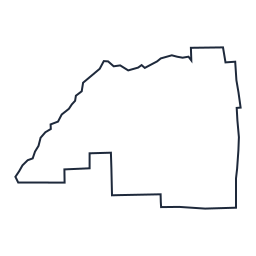 the district of Ilópolis, Rio Grande do Sul, Brazil
{"feature_id": "56859067B77513058167029", "entity_name": "Ilópolis", "entity_type": "district", "adm_level": 2, "iso_a3": "BRA", "parent_name": "Brazil", "parent_adm1": "Rio Grande do Sul", "projection": "mercator", "projection_center": [-52.146, -28.929], "detail": "fine", "context": "isolated", "style": "outline", "palette": "slate", "viewbox_px": 256, "rotation_deg": 0, "n_neighbors": 0, "source": "geoboundaries", "source_scale": "gbopen_adm2", "svg_char_len": 844}
<svg xmlns="http://www.w3.org/2000/svg" viewBox="0 0 256 256"><path d="M223.0,47.4L190.9,47.8L191.3,60.4L188.5,56.7L182.6,57.7L177.1,56.7L171.8,55.3L160.8,58.4L157.1,61.4L144.8,67.9L141.6,65.1L138.1,67.6L128.2,70.4L120.2,65.4L113.7,66.3L108.1,61.4L103.8,61.1L99.7,68.8L83.1,82.7L81.7,91.3L75.9,95.7L75.1,100.8L71.8,104.4L68.9,108.8L61.7,114.5L58.0,121.6L50.6,124.4L50.8,129.0L45.4,132.2L40.6,137.7L38.5,145.9L35.0,151.6L32.7,158.4L27.7,160.2L22.5,165.3L19.1,171.3L15.4,176.8L18.2,182.5L64.6,182.6L64.4,169.4L89.6,168.3L89.6,153.3L110.9,152.7L111.4,168.6L112.0,195.3L120.0,195.1L160.6,194.3L160.8,201.9L161.1,207.1L179.2,206.9L205.1,208.6L236.0,207.7L236.0,178.4L237.1,168.8L238.4,150.3L238.9,137.2L237.4,120.4L236.7,107.9L240.6,107.6L238.5,92.5L236.4,80.2L235.2,61.7L225.5,62.4L223.0,47.4Z" fill="none" stroke="#1e293b" stroke-width="2"/></svg>